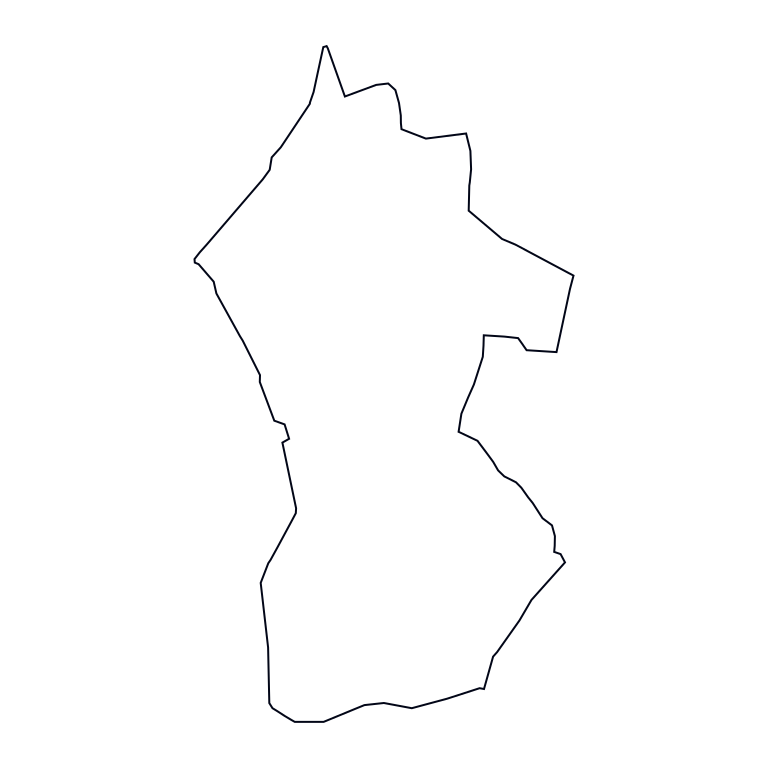 the district of Awgu, Enugu, Nigeria
{"feature_id": "59680162B11400589438827", "entity_name": "Awgu", "entity_type": "district", "adm_level": 2, "iso_a3": "NGA", "parent_name": "Nigeria", "parent_adm1": "Enugu", "projection": "robinson", "projection_center": [7.469, 6.159], "detail": "fine", "context": "isolated", "style": "outline", "palette": "ink", "viewbox_px": 768, "rotation_deg": 0, "n_neighbors": 0, "source": "geoboundaries", "source_scale": "gbopen_adm2", "svg_char_len": 1414}
<svg xmlns="http://www.w3.org/2000/svg" viewBox="0 0 768 768"><path d="M534.5,254.8L515.4,244.6L502.1,239.0L468.7,210.7L469.3,185.5L469.8,182.4L471.1,169.3L470.4,150.9L466.1,133.5L425.9,138.6L401.5,129.2L400.9,123.1L400.8,115.5L399.0,103.0L395.4,90.1L388.2,83.5L376.2,84.9L344.9,96.5L327.8,48.3L326.6,46.1L323.3,47.1L318.2,70.6L313.6,92.0L309.9,102.7L309.9,103.7L280.8,147.3L271.7,157.4L269.7,169.8L262.7,179.4L206.8,244.5L200.7,251.3L199.8,252.3L194.5,259.1L194.8,262.6L198.6,264.2L213.7,281.7L216.4,293.5L239.9,336.1L242.7,340.6L260.0,375.1L259.8,382.0L274.3,420.7L284.6,424.4L289.1,438.8L282.4,442.6L296.1,508.3L295.8,513.2L292.2,520.0L277.6,547.1L270.5,560.0L268.3,563.2L260.7,582.9L268.1,647.5L269.3,703.1L272.5,708.2L276.9,710.9L284.6,715.9L291.3,719.9L294.8,721.9L323.6,721.9L324.3,721.6L355.1,708.9L360.5,706.7L364.4,705.1L383.9,703.0L411.8,708.2L447.1,698.7L479.6,688.2L484.0,689.0L493.1,656.6L497.1,652.1L519.5,620.4L531.5,599.9L565.0,562.4L560.6,554.1L554.2,551.9L554.7,545.9L554.9,536.1L552.0,525.4L542.5,518.2L532.7,503.0L528.2,497.4L521.4,487.8L516.0,482.3L504.3,476.4L501.3,473.5L498.1,470.4L493.2,461.9L487.4,454.0L477.5,440.8L458.6,431.8L461.4,413.7L468.2,397.3L473.9,384.5L482.8,356.8L483.5,345.8L483.8,335.3L504.4,336.6L518.1,338.1L522.6,344.4L523.4,345.6L526.6,350.2L556.5,352.1L570.0,288.9L573.5,275.6L570.0,273.7L569.9,273.7L534.5,254.8Z" fill="none" stroke="#020617" stroke-width="2"/></svg>